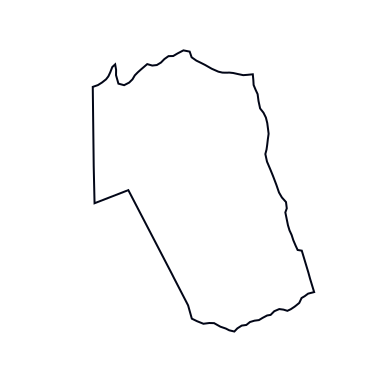 outline of Graça, Ceará, Brazil, rotated 161°
{"feature_id": "56859067B95005657066987", "entity_name": "Graça", "entity_type": "district", "adm_level": 2, "iso_a3": "BRA", "parent_name": "Brazil", "parent_adm1": "Ceará", "projection": "equal_earth", "projection_center": [-40.793, -4.044], "detail": "fine", "context": "isolated", "style": "outline", "palette": "ink", "viewbox_px": 384, "rotation_deg": 161, "n_neighbors": 0, "source": "geoboundaries", "source_scale": "gbopen_adm2", "svg_char_len": 1467}
<svg xmlns="http://www.w3.org/2000/svg" viewBox="0 0 384 384"><g transform="rotate(161 192 192)"><path d="M233.4,72.3L229.3,68.2L224.1,63.7L218.3,62.5L213.8,60.8L209.0,55.4L204.5,51.9L201.8,49.1L197.4,46.3L193.5,48.3L188.5,49.5L183.9,48.6L179.5,50.2L174.8,50.0L170.4,49.1L166.2,50.0L161.1,50.8L157.7,50.2L153.0,52.5L147.6,52.9L143.8,51.0L140.5,48.6L136.8,49.0L132.2,50.2L126.7,52.2L122.9,56.1L119.4,56.8L115.3,58.1L109.1,57.6L108.6,71.6L108.2,77.8L107.3,100.8L111.0,102.8L111.5,107.7L111.9,113.4L111.8,119.0L112.3,123.9L112.1,129.3L111.2,136.1L110.4,142.3L107.7,145.7L106.4,151.9L108.8,157.6L109.9,163.2L109.9,171.5L110.2,180.9L110.6,188.0L111.2,196.3L110.3,204.0L107.7,207.9L105.7,211.8L103.1,217.2L100.6,222.1L99.6,226.8L98.4,232.7L97.9,238.3L98.6,243.7L100.4,248.8L99.5,256.3L98.1,263.2L98.6,268.1L98.9,273.1L97.5,278.1L96.2,283.5L101.3,284.7L105.5,285.8L109.9,288.4L114.3,291.1L117.7,292.7L121.2,293.8L124.4,295.0L127.9,297.2L133.2,302.1L138.3,307.9L141.6,311.3L145.1,314.8L148.5,319.5L148.5,325.5L154.0,328.7L160.6,327.7L165.5,326.7L170.0,328.1L174.8,326.7L179.2,324.5L183.9,323.5L188.4,324.5L192.7,327.5L200.3,324.5L204.3,322.8L208.1,320.9L211.6,317.9L215.8,315.9L221.4,315.1L226.3,318.4L225.8,327.2L224.0,332.2L223.1,337.7L226.7,336.1L230.4,331.7L233.4,328.6L236.6,326.5L241.5,324.8L246.2,323.7L251.6,323.7L276.5,248.5L278.1,243.5L287.8,213.1L251.6,214.5L237.7,121.2L237.1,116.8L232.6,86.1L233.4,72.3Z" fill="none" stroke="#020617" stroke-width="2"/></g></svg>